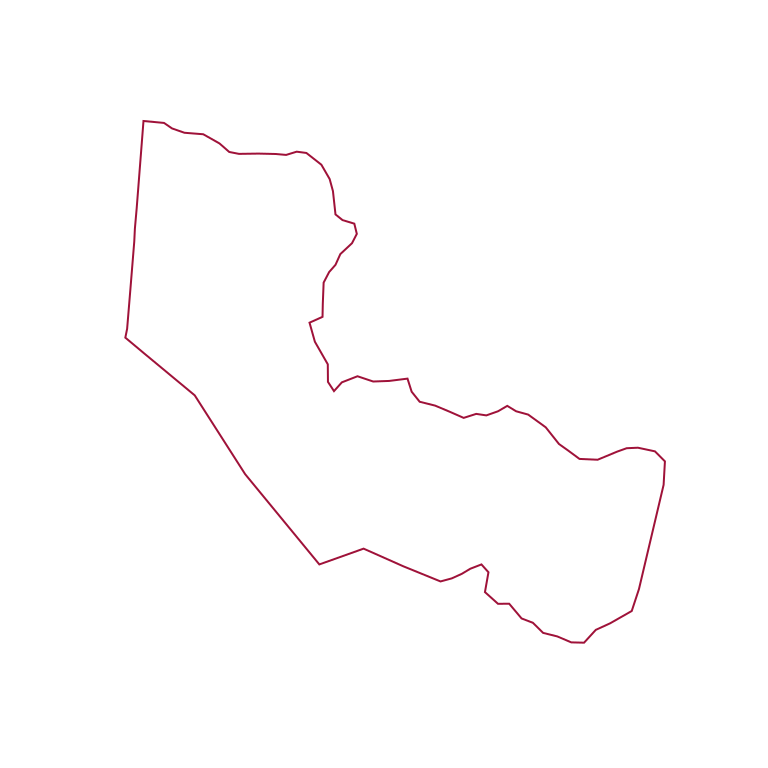 Carpina, Pernambuco, Brazil (orthographic projection), rotated 194°
{"feature_id": "56859067B99031054776373", "entity_name": "Carpina", "entity_type": "district", "adm_level": 2, "iso_a3": "BRA", "parent_name": "Brazil", "parent_adm1": "Pernambuco", "projection": "orthographic", "projection_center": [-35.313, -7.827], "detail": "fine", "context": "isolated", "style": "outline", "palette": "rose", "viewbox_px": 768, "rotation_deg": 194, "n_neighbors": 0, "source": "geoboundaries", "source_scale": "gbopen_adm2", "svg_char_len": 1277}
<svg xmlns="http://www.w3.org/2000/svg" viewBox="0 0 768 768"><g transform="rotate(194 384 384)"><path d="M88.7,223.7L87.0,246.7L88.3,353.8L92.7,376.9L104.8,384.2L122.2,383.6L133.0,380.4L141.4,374.8L158.4,362.2L176.2,358.6L189.5,364.1L199.7,368.1L216.6,381.1L236.7,389.2L249.2,389.5L259.1,392.6L266.8,385.1L277.1,378.3L287.3,377.3L298.5,370.4L313.1,372.9L329.2,375.4L345.1,375.4L355.3,383.2L362.5,394.9L379.8,388.2L395.1,383.8L411.6,385.1L425.3,375.4L430.8,365.0L438.9,372.5L443.3,389.5L461.3,408.3L471.1,425.5L459.9,434.3L462.8,447.1L467.1,467.8L464.3,479.4L459.9,487.9L457.8,499.5L449.1,512.9L446.7,523.1L451.6,532.4L463.9,533.0L472.1,536.8L480.2,558.8L486.3,569.7L497.8,581.6L515.2,589.4L524.9,588.3L534.4,582.6L544.6,581.0L561.5,577.2L580.4,572.2L590.3,571.7L601.8,577.6L619.8,582.6L638.4,579.5L651.5,580.7L660.6,584.1L681.0,581.0L678.2,564.4L666.5,494.8L663.3,474.5L660.8,461.9L653.0,414.6L646.6,375.4L646.2,366.4L624.2,355.7L590.7,339.6L564.9,327.2L496.9,262.9L403.1,193.3L364.0,219.3L321.2,211.8L281.4,206.1L271.2,211.8L262.5,218.7L255.6,225.6L245.8,232.5L237.1,226.6L235.7,206.5L220.2,198.3L209.4,201.1L193.8,189.8L181.7,188.3L169.4,181.0L154.8,181.0L139.8,178.6L127.3,181.4L119.0,196.7L106.7,206.5L88.7,223.7Z" fill="none" stroke="#9f1239" stroke-width="2"/></g></svg>